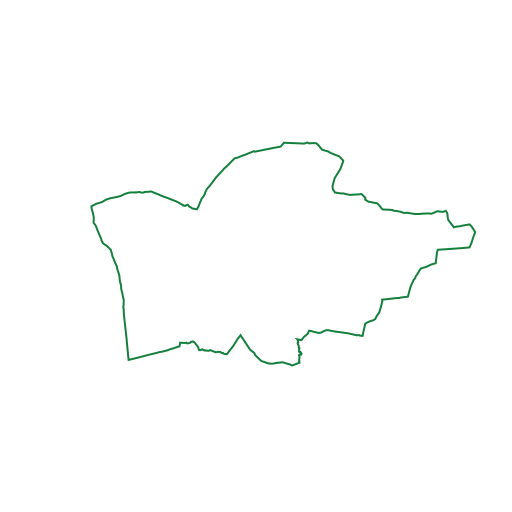 outline of Drangedal nor, Telemark, Norway, rotated 130°
{"feature_id": "86288312B55078713948498", "entity_name": "Drangedal nor", "entity_type": "district", "adm_level": 2, "iso_a3": "NOR", "parent_name": "Norway", "parent_adm1": "Telemark", "projection": "mercator", "projection_center": [9.073, 59.091], "detail": "fine", "context": "isolated", "style": "outline", "palette": "green", "viewbox_px": 512, "rotation_deg": 130, "n_neighbors": 0, "source": "geoboundaries", "source_scale": "gbopen_adm2", "svg_char_len": 6052}
<svg xmlns="http://www.w3.org/2000/svg" viewBox="0 0 512 512"><g transform="rotate(130 256 256)"><path d="M417.5,286.8L409.3,280.8L408.6,280.3L399.3,273.7L394.1,269.8L391.8,268.3L389.5,266.3L384.7,262.9L384.3,262.9L384.1,262.7L381.3,261.0L380.3,260.2L378.2,259.0L374.5,256.6L372.7,257.4L371.2,258.4L368.6,254.9L368.1,254.4L367.2,253.7L367.3,252.8L366.6,252.0L365.2,250.9L363.4,250.6L363.1,250.1L363.0,249.9L362.4,249.7L361.9,249.3L361.8,248.7L361.8,247.8L361.8,247.4L362.8,242.2L362.9,241.8L363.6,240.9L364.1,240.2L364.6,239.0L363.8,238.0L362.0,237.2L361.9,235.8L361.4,235.3L361.3,234.3L360.5,233.6L360.2,233.0L360.0,232.7L359.6,232.1L358.9,231.2L357.6,230.7L356.9,228.8L356.4,227.0L355.6,224.9L354.7,224.1L354.2,223.9L353.7,223.4L352.5,221.7L352.6,221.4L352.6,221.2L352.3,220.6L352.3,220.0L351.9,219.5L351.5,218.8L351.7,218.2L351.4,217.4L350.0,215.2L349.4,215.2L349.2,215.3L348.9,215.2L345.8,215.4L339.6,215.6L331.0,216.8L326.6,216.9L327.2,215.3L327.4,214.4L328.6,210.0L328.8,209.2L329.2,208.3L329.4,207.7L329.6,206.8L329.9,206.0L330.9,202.5L331.6,200.2L331.4,195.1L332.5,192.4L333.0,184.5L332.2,182.2L331.9,181.8L331.6,181.3L331.6,180.9L331.3,180.1L331.2,179.3L330.8,178.7L330.7,178.2L330.4,177.9L330.1,177.1L329.7,176.8L329.5,176.4L329.5,176.2L328.2,174.5L327.7,173.9L327.0,173.3L325.3,172.1L323.5,170.4L323.4,170.2L321.4,168.4L320.2,167.1L317.8,161.3L317.3,160.6L317.1,160.1L316.8,158.5L316.7,158.0L315.4,157.2L309.7,154.1L309.2,154.7L309.2,154.9L309.2,155.1L308.6,155.4L307.1,156.7L306.5,157.0L305.7,157.6L305.4,157.9L305.0,158.3L304.5,159.2L304.3,159.3L303.8,159.2L303.5,158.9L303.5,158.7L303.3,158.7L303.2,158.6L303.1,158.8L302.7,159.0L302.7,158.8L302.5,158.4L302.2,158.2L301.9,158.2L301.7,158.3L301.7,158.6L301.4,158.7L301.4,158.9L301.5,158.9L301.5,159.0L301.2,159.5L301.1,159.8L301.0,160.1L301.0,160.3L301.3,160.4L301.3,160.8L301.6,161.1L301.6,161.6L301.4,161.8L301.0,161.9L300.7,162.1L300.1,162.8L299.3,163.3L298.9,163.3L298.6,163.6L298.5,163.8L298.5,164.2L298.5,164.4L297.2,165.6L297.1,166.2L296.9,166.8L296.5,167.4L296.1,168.0L295.2,168.0L294.9,168.7L293.7,169.5L293.6,169.8L293.4,169.9L293.3,170.8L291.2,167.1L287.6,167.3L282.2,166.4L279.0,167.3L278.6,166.4L278.1,165.6L277.3,163.8L277.1,163.4L276.4,161.9L276.0,161.3L275.7,160.5L274.5,158.3L274.1,158.0L273.4,157.4L273.2,157.2L272.8,156.9L271.8,156.4L270.8,156.2L269.4,155.3L268.2,154.8L267.2,154.1L266.4,153.0L264.4,149.2L263.1,147.0L256.1,135.9L252.4,128.7L251.7,127.5L250.3,126.2L250.1,125.0L249.8,124.7L248.7,123.0L246.5,124.2L245.2,124.9L244.2,125.5L243.3,125.8L237.7,128.8L235.2,128.0L231.8,126.2L229.8,124.8L228.6,124.5L227.7,124.1L226.9,124.2L226.0,124.6L224.3,124.9L223.1,124.9L222.7,125.1L221.2,125.2L219.3,125.6L216.1,127.0L209.5,130.1L208.4,131.3L198.1,121.5L196.1,119.3L195.0,118.6L189.5,113.5L180.6,117.7L178.4,118.4L174.9,119.3L173.6,119.8L173.2,119.9L172.1,119.8L170.4,119.9L169.1,120.5L164.8,120.9L163.0,121.3L159.7,121.7L154.5,118.4L150.1,116.4L146.0,113.7L136.9,119.7L134.3,120.7L125.8,111.8L118.3,104.1L117.3,103.0L112.2,98.0L108.1,99.1L102.6,101.4L96.8,103.4L94.8,109.7L94.5,112.7L100.8,118.0L101.5,118.4L102.9,119.6L103.5,120.3L105.9,122.3L106.9,122.9L106.3,124.7L106.2,125.5L105.7,127.9L104.8,131.8L103.8,133.3L100.3,136.9L99.4,139.6L102.2,141.3L105.2,145.9L110.8,148.7L112.2,150.8L113.4,152.2L117.6,156.8L118.6,157.6L121.8,161.4L125.5,167.7L126.9,169.2L128.1,170.7L128.8,172.7L129.1,173.6L129.8,174.7L130.4,176.0L133.0,180.0L133.1,181.1L134.9,183.6L138.9,188.8L138.9,190.1L138.1,193.5L137.9,194.5L137.9,195.7L137.9,197.4L140.2,201.3L141.0,203.1L142.1,204.6L142.6,208.6L141.1,209.6L140.7,214.9L143.9,218.1L149.1,223.7L152.1,229.6L153.3,230.9L156.6,236.2L155.5,240.0L153.3,242.3L151.0,243.4L145.7,245.8L136.3,247.1L134.9,247.4L127.1,250.2L126.8,250.9L126.2,256.3L128.2,262.2L128.9,264.3L129.0,265.0L129.3,266.0L129.4,267.6L132.1,273.6L131.0,279.4L130.9,282.3L132.5,284.4L134.5,286.7L135.0,286.9L135.5,287.7L135.8,288.3L135.9,289.4L136.6,290.0L138.5,291.0L139.0,291.4L141.0,294.1L151.3,307.4L156.3,307.4L162.1,312.2L176.9,324.0L177.0,324.9L185.5,329.5L188.7,331.4L192.3,333.2L194.9,335.2L206.6,336.1L209.2,336.6L212.3,336.6L217.1,336.9L221.3,337.1L224.3,336.9L231.2,336.6L236.5,336.7L240.7,335.5L241.3,335.1L243.4,334.6L245.3,334.6L246.9,334.5L251.9,333.0L255.0,331.9L258.2,331.3L260.6,335.5L260.6,337.2L260.9,338.0L261.1,338.8L260.8,340.0L260.7,340.6L260.6,340.9L260.6,341.2L260.8,341.5L261.9,341.9L262.6,342.4L262.9,342.3L263.2,342.6L263.8,343.6L263.7,343.6L263.9,344.8L264.1,345.4L264.8,349.4L265.1,350.7L265.5,352.4L268.5,361.2L270.0,365.2L271.2,368.9L271.4,369.9L271.6,370.5L271.7,371.0L271.9,371.4L272.2,372.5L272.4,372.7L272.4,372.9L272.5,373.2L273.0,374.5L273.0,374.9L273.6,376.6L273.7,377.2L273.9,377.7L275.8,379.6L276.2,379.8L277.0,380.9L278.6,382.4L279.5,382.9L280.4,383.6L281.4,385.1L281.6,386.0L282.0,386.3L282.3,386.7L283.2,387.8L283.5,387.9L284.0,388.4L284.4,388.7L284.6,389.2L284.9,389.3L286.4,391.1L286.8,391.8L287.5,392.3L287.8,392.7L288.6,393.5L289.0,393.9L292.6,396.3L297.3,398.4L300.7,400.9L305.8,405.0L309.4,407.2L310.4,407.5L311.4,407.9L313.4,408.5L317.1,410.8L318.1,411.6L319.9,412.5L323.0,413.7L323.6,414.0L324.5,413.2L325.6,412.0L326.5,410.6L327.3,409.6L327.9,408.6L330.6,405.2L333.9,402.6L335.0,401.6L335.4,399.8L335.5,399.1L336.2,397.4L336.4,396.9L336.8,396.5L342.6,385.3L343.2,384.6L344.0,383.3L343.9,382.7L344.4,382.0L344.6,381.4L344.5,379.6L344.3,377.7L344.2,376.0L344.3,375.4L344.3,374.2L344.6,372.3L344.6,371.2L346.3,368.7L348.5,365.7L349.0,365.0L349.3,364.0L349.9,362.8L350.4,362.2L350.6,361.6L351.5,359.8L351.8,359.4L352.2,358.4L352.8,357.4L353.1,356.5L353.8,355.3L354.6,354.7L354.9,354.1L355.9,352.8L358.1,349.1L358.9,348.0L362.5,344.4L363.2,343.4L363.5,343.1L365.1,340.7L367.2,338.7L368.1,337.8L370.2,334.8L373.1,331.3L374.7,329.0L376.2,327.8L377.1,327.2L378.4,326.1L380.5,324.8L380.6,324.5L381.0,324.2L382.3,322.7L383.9,321.3L384.0,321.1L385.1,320.2L387.0,318.3L401.0,303.6L402.0,302.6L403.4,301.1L404.1,300.5L413.0,291.4L416.0,288.4L416.7,287.5L417.2,287.2L417.5,286.8Z" fill="none" stroke="#15803d" stroke-width="2"/></g></svg>